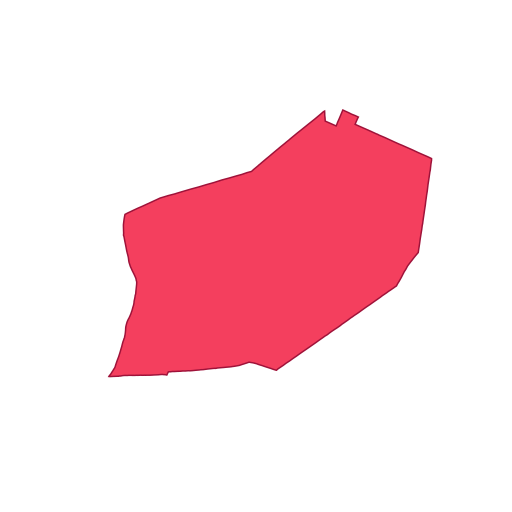 the district of Al-Rutba, Al-Anbar, Iraq, rotated 129°
{"feature_id": "34846034B71122492404189", "entity_name": "Al-Rutba", "entity_type": "district", "adm_level": 2, "iso_a3": "IRQ", "parent_name": "Iraq", "parent_adm1": "Al-Anbar", "projection": "natural_earth1", "projection_center": [41.592, 32.564], "detail": "fine", "context": "isolated", "style": "filled", "palette": "rose", "viewbox_px": 512, "rotation_deg": 129, "n_neighbors": 0, "source": "geoboundaries", "source_scale": "gbopen_adm2", "svg_char_len": 4157}
<svg xmlns="http://www.w3.org/2000/svg" viewBox="0 0 512 512"><g transform="rotate(129 256 256)"><path d="M404.6,250.4L402.7,250.9L401.1,251.2L399.8,249.6L398.4,248.3L397.1,246.7L394.9,244.3L393.2,242.3L391.4,240.5L389.8,238.5L388.7,237.4L387.5,236.1L386.8,235.1L385.1,233.3L383.8,232.0L382.2,230.4L380.3,228.4L379.1,227.3L377.7,225.7L376.0,224.1L374.4,222.6L373.2,221.4L371.7,219.9L370.2,218.4L369.2,217.3L368.8,216.7L367.2,215.4L365.0,213.1L362.9,210.9L361.1,209.1L358.8,206.7L357.7,205.6L357.2,205.2L355.4,203.5L353.6,201.9L351.5,200.1L349.1,198.6L347.0,197.2L345.0,195.9L343.9,195.2L342.9,194.6L341.9,192.8L340.9,191.1L340.1,189.4L339.3,187.6L338.8,186.0L338.1,184.2L337.3,182.3L336.6,180.3L335.8,178.2L334.9,175.9L334.0,173.6L333.3,171.5L332.2,168.8L331.9,168.2L329.9,167.9L327.0,167.0L323.8,166.0L320.2,165.1L318.1,164.4L316.2,163.8L312.1,162.7L308.5,161.6L304.8,160.6L301.0,159.5L298.0,158.6L294.6,157.6L291.5,156.7L288.4,155.8L286.0,155.1L283.4,154.4L280.5,153.6L277.8,152.8L274.8,152.0L272.1,151.0L269.7,150.5L266.4,149.6L263.5,148.7L260.5,147.7L257.0,146.7L254.9,146.3L252.6,145.6L250.5,145.0L250.3,145.0L250.2,144.9L247.3,144.1L244.7,143.5L242.6,142.8L240.6,142.3L238.4,141.6L235.5,140.7L232.5,139.9L228.8,138.9L225.6,138.0L222.1,136.9L218.5,135.9L215.3,135.0L212.2,134.1L209.7,133.4L207.1,132.8L204.9,132.1L202.6,131.4L200.2,130.8L197.7,130.0L194.3,129.0L192.1,128.4L190.9,128.0L188.5,128.5L186.1,128.8L185.9,128.8L182.9,129.3L181.1,129.6L178.8,130.1L175.0,130.9L172.0,131.2L168.5,131.9L166.2,132.0L163.2,132.1L160.8,132.1L158.5,132.2L155.3,132.2L151.8,132.1L151.2,132.1L150.2,132.7L143.7,136.5L139.6,139.0L133.9,142.3L131.4,143.7L127.7,146.0L125.9,146.9L124.5,147.8L121.5,149.6L117.6,151.9L112.9,154.7L109.8,156.5L106.5,158.6L103.8,160.2L101.2,161.8L97.7,163.8L92.2,167.3L87.4,170.1L83.2,172.6L81.4,173.7L79.6,174.6L74.5,177.9L71.0,179.9L69.8,180.9L70.6,184.3L73.6,195.2L75.0,200.9L78.1,212.4L78.9,215.0L80.3,220.3L82.8,230.2L84.7,236.8L84.9,238.2L85.2,238.9L85.3,239.2L86.5,243.9L91.3,261.8L89.2,262.5L87.7,262.9L85.1,263.6L83.6,263.9L84.4,267.1L85.6,270.9L86.3,274.1L87.2,277.6L87.7,279.6L87.9,280.4L94.3,278.5L97.1,277.7L100.5,276.8L103.5,275.8L104.5,275.6L107.6,287.1L105.2,289.3L103.4,291.1L101.6,292.6L100.2,293.9L101.4,294.4L105.9,295.2L113.0,296.6L120.2,298.2L124.4,299.1L134.9,301.4L143.8,303.2L144.6,303.3L148.8,304.2L150.0,304.4L156.1,305.7L166.8,307.8L172.6,308.9L172.9,309.0L183.9,311.1L184.3,311.1L190.3,312.3L193.1,312.7L196.8,315.4L201.6,318.4L205.9,321.5L212.1,325.8L218.3,330.3L226.2,335.5L231.8,339.5L238.3,343.9L244.8,348.6L252.6,354.0L257.9,357.6L258.3,357.8L264.1,362.1L268.4,365.0L271.3,367.0L274.4,368.5L283.3,372.9L288.8,375.6L293.0,377.8L297.5,380.0L303.1,382.7L306.1,384.0L307.9,383.1L310.2,381.8L313.6,379.7L315.3,378.6L317.2,377.0L320.0,374.6L321.6,373.2L323.2,372.1L324.0,370.8L327.0,367.3L328.8,365.1L331.4,362.0L333.3,359.8L334.9,357.7L335.6,356.7L337.3,354.5L338.4,353.3L339.6,352.1L340.8,350.7L341.2,350.1L342.2,348.6L343.4,346.7L343.8,345.8L345.1,343.3L345.9,341.5L347.1,338.9L348.0,337.1L348.9,335.4L349.5,334.6L350.3,333.7L350.9,332.8L351.7,332.0L353.2,330.9L355.8,329.2L358.9,327.2L361.1,325.7L362.8,325.0L364.1,324.2L366.0,323.2L367.8,322.3L369.4,321.2L371.3,320.2L373.1,319.5L376.5,318.0L378.0,317.5L379.5,316.9L381.6,316.3L383.9,315.7L385.7,315.4L388.0,314.8L389.3,314.3L390.9,313.6L392.4,312.9L393.8,312.1L395.7,310.7L397.8,309.3L399.6,308.2L401.2,307.4L402.4,306.7L403.4,306.5L404.3,306.1L406.4,305.4L408.0,304.7L409.1,304.2L409.5,304.0L411.0,303.3L413.7,302.2L416.0,301.2L418.8,300.1L420.6,299.4L422.7,298.7L424.3,298.2L426.8,297.3L429.2,296.4L430.6,295.8L432.0,295.4L433.4,295.3L435.3,295.0L436.7,294.9L438.9,294.6L440.9,294.6L441.6,294.6L442.2,294.5L441.7,293.7L439.7,291.5L436.9,288.3L435.9,287.1L434.9,286.3L434.5,285.7L433.5,284.9L432.6,284.1L431.3,282.7L429.8,280.8L429.0,280.0L428.4,279.3L425.1,275.1L423.9,273.8L422.7,272.3L421.2,270.6L420.1,269.1L419.4,268.3L418.7,267.5L418.2,266.8L417.3,265.8L415.7,263.8L414.9,262.9L412.0,259.7L410.6,258.1L409.6,257.0L408.4,255.8L407.1,254.4L406.2,253.0L405.3,251.8L405.0,251.1L404.6,250.4Z" fill="#f43f5e" stroke="#9f1239" stroke-width="1.5"/></g></svg>